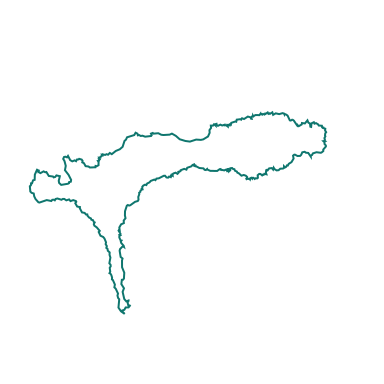 Nossa Senhora Do Rosario, Ribeira Brava, Cabo Verde, rotated 336°
{"feature_id": "66160863B38183693605809", "entity_name": "Nossa Senhora Do Rosario", "entity_type": "district", "adm_level": 2, "iso_a3": "CPV", "parent_name": "Cabo Verde", "parent_adm1": "Ribeira Brava", "projection": "robinson", "projection_center": [-24.164, 16.566], "detail": "fine", "context": "isolated", "style": "outline", "palette": "teal", "viewbox_px": 384, "rotation_deg": 336, "n_neighbors": 0, "source": "geoboundaries", "source_scale": "gbopen_adm2", "svg_char_len": 6025}
<svg xmlns="http://www.w3.org/2000/svg" viewBox="0 0 384 384"><g transform="rotate(336 192 192)"><path d="M51.5,116.7L49.4,119.0L48.5,118.6L47.5,120.4L46.2,120.8L44.5,125.8L45.1,127.5L46.8,129.0L46.1,131.8L46.2,134.8L47.5,138.9L48.4,139.6L56.0,140.3L59.8,143.0L61.2,142.3L62.8,142.9L63.3,143.8L64.7,142.9L66.4,143.2L69.6,146.0L71.2,145.8L72.5,146.4L73.8,148.5L76.7,148.8L77.3,150.9L80.2,151.1L82.3,153.1L82.3,153.9L80.8,154.8L81.2,158.6L83.5,160.2L82.9,161.2L83.2,165.9L85.4,167.4L86.0,169.4L87.2,169.9L86.9,171.1L87.6,173.5L88.9,175.0L88.8,176.4L90.1,177.5L90.1,179.5L90.7,180.2L89.2,181.4L89.1,183.0L90.6,185.6L91.9,190.0L90.5,190.6L90.6,194.7L92.6,197.0L93.1,198.9L93.0,203.0L91.9,204.5L92.2,206.8L91.0,208.2L91.7,209.5L91.2,211.4L92.2,213.7L91.1,215.9L90.8,218.7L87.5,223.5L88.0,225.4L87.5,226.8L86.0,227.8L84.9,231.5L83.6,232.6L84.3,233.5L84.5,235.1L84.2,237.6L83.3,239.3L83.9,240.2L83.9,245.2L82.3,247.5L83.0,249.3L83.1,254.7L81.8,256.3L81.4,258.7L81.9,260.4L77.8,267.7L78.6,272.1L80.9,276.0L79.8,272.7L80.2,271.9L82.3,272.1L84.4,270.5L87.1,271.6L89.8,270.2L88.4,270.5L87.7,269.6L88.2,266.7L89.8,265.6L89.9,265.3L87.5,265.2L86.6,262.2L88.0,255.0L90.7,252.3L90.0,247.4L92.2,243.7L93.2,244.1L94.6,243.4L97.3,238.2L97.5,232.3L100.2,226.1L101.5,224.5L100.4,222.3L102.0,216.2L103.0,214.9L105.9,213.7L106.9,213.6L107.5,214.6L107.7,213.3L106.6,209.8L106.8,208.3L107.8,207.7L107.1,207.2L107.1,204.0L107.8,202.5L109.0,202.4L108.7,201.7L109.3,201.8L109.7,201.0L109.3,198.3L109.9,197.8L109.4,197.3L110.0,196.8L110.4,197.4L111.2,194.8L114.1,192.7L117.1,192.7L118.0,190.3L120.6,188.9L121.2,186.1L123.0,182.3L126.9,178.0L128.1,177.8L129.0,178.8L130.2,179.0L136.0,177.8L138.8,178.2L140.0,177.3L140.9,174.7L143.0,172.5L143.4,171.2L144.9,170.8L145.5,169.8L147.3,169.4L147.1,169.2L147.2,168.9L147.8,169.3L148.7,167.0L150.2,166.3L152.1,166.2L153.1,167.1L154.5,166.0L157.1,165.9L158.8,165.1L162.6,165.3L163.4,166.3L165.0,165.3L167.2,166.0L172.8,165.7L174.0,166.2L174.6,168.3L175.3,168.8L176.3,169.2L177.2,168.6L178.5,169.5L178.9,169.0L179.0,169.6L180.4,168.6L180.8,169.1L180.9,168.4L181.2,168.7L181.6,167.8L182.6,167.5L184.9,167.7L186.1,169.5L187.7,168.8L187.8,168.0L189.9,168.3L190.5,167.5L194.3,167.7L196.0,169.3L197.5,167.9L201.6,168.3L203.4,167.6L204.5,168.8L204.6,167.6L205.2,167.6L205.1,168.7L206.0,169.1L206.0,169.9L208.5,173.1L212.1,175.1L212.5,176.8L213.6,177.6L215.2,177.1L215.2,177.8L217.3,180.1L223.5,183.0L226.5,182.4L227.0,183.0L227.4,181.9L227.6,183.5L230.3,185.4L231.7,185.3L232.6,186.3L232.6,187.3L233.5,187.5L233.8,185.5L234.8,185.8L235.3,186.6L234.5,188.1L235.8,187.7L236.7,185.9L238.4,186.4L238.9,187.7L240.0,188.4L239.9,190.0L241.3,191.6L241.3,192.8L242.3,193.8L243.8,197.2L246.2,197.5L247.8,199.0L248.5,200.7L248.2,201.5L247.1,201.8L247.1,202.4L248.2,202.3L248.5,202.9L249.9,203.3L250.1,204.1L250.9,203.1L252.0,203.1L252.4,204.2L252.9,203.6L253.9,204.0L254.6,205.6L255.6,205.3L257.1,206.1L258.0,205.8L258.8,203.4L260.8,202.8L261.9,203.4L262.8,205.3L263.5,204.9L264.4,205.5L265.4,204.8L267.2,206.1L267.3,204.5L268.7,202.2L269.5,202.2L269.9,203.0L272.1,201.8L274.6,202.6L275.2,204.5L276.5,203.0L276.7,204.7L278.1,206.7L280.0,207.3L282.1,206.6L284.7,207.6L285.9,207.4L286.5,206.0L287.0,207.4L288.2,207.3L289.6,206.3L290.3,206.8L291.9,205.6L295.0,205.2L298.4,202.8L299.1,199.9L300.4,199.5L301.2,199.7L303.0,202.0L305.4,203.0L306.8,202.5L308.9,200.6L311.3,201.1L312.0,202.4L314.1,203.6L314.9,208.0L315.3,207.0L316.8,207.0L318.1,205.9L321.9,206.3L325.7,208.6L326.9,208.5L328.6,208.0L329.2,206.6L332.8,204.9L333.2,203.9L332.6,202.0L333.3,200.5L332.7,199.0L334.3,199.5L334.0,198.8L334.8,198.0L334.9,196.6L336.5,195.4L336.5,194.4L337.6,192.6L338.9,191.9L338.6,189.9L339.5,188.4L337.7,186.8L338.1,186.4L337.2,185.6L337.6,184.3L334.8,182.8L334.7,181.5L333.3,179.5L331.7,179.4L331.7,177.8L329.1,177.9L327.3,181.0L326.7,180.5L327.6,177.5L326.5,175.9L326.6,173.5L323.0,175.3L320.5,173.7L319.7,174.9L316.3,175.3L315.9,174.4L315.4,174.5L315.5,173.4L315.0,173.5L314.1,168.3L313.3,166.8L313.6,166.6L311.3,166.9L310.5,166.3L310.4,161.1L309.6,159.7L308.4,158.4L308.0,158.8L308.0,157.8L306.8,156.8L303.3,156.3L300.5,154.2L297.5,154.5L297.8,151.9L295.0,152.3L294.7,151.6L293.6,151.7L293.5,150.1L291.0,150.6L290.7,150.1L289.7,150.7L288.7,149.6L287.6,149.9L287.3,149.1L286.4,148.9L286.5,148.3L284.9,149.2L281.2,147.5L278.9,147.8L278.8,147.2L278.5,147.9L277.3,147.4L276.5,148.0L276.3,149.4L275.8,149.1L275.9,147.7L273.7,145.8L269.2,146.5L267.7,145.0L266.3,145.9L265.9,145.2L262.3,144.1L261.0,145.8L260.3,145.2L256.0,144.8L254.8,146.4L253.9,145.4L253.0,145.6L253.0,146.1L251.8,145.2L251.3,146.7L250.3,144.9L249.0,144.4L249.2,143.8L246.6,143.5L245.3,142.0L242.6,142.1L241.8,140.8L242.1,139.7L240.6,139.5L240.4,140.7L239.6,139.1L238.1,139.9L236.2,139.0L235.5,141.2L233.1,142.6L232.2,145.1L229.2,147.8L223.7,148.5L221.3,148.0L217.1,145.8L210.6,145.1L206.7,142.7L202.2,138.8L200.1,134.2L197.4,130.5L194.9,130.5L189.0,128.3L187.2,127.2L185.1,124.6L180.5,123.0L180.2,122.1L178.3,122.0L178.3,123.7L177.4,124.2L171.7,122.4L169.6,120.4L168.0,120.0L166.8,118.4L165.6,118.2L165.9,116.5L164.6,114.9L162.4,116.5L154.9,115.6L153.0,117.3L151.1,117.9L147.0,122.5L143.4,123.6L139.1,123.5L134.1,124.8L132.8,122.9L130.5,123.8L129.3,122.7L127.7,122.8L125.8,121.3L125.4,122.1L124.8,121.5L124.7,122.3L122.9,122.5L122.4,123.3L121.0,122.7L121.0,124.4L120.3,124.2L120.4,125.0L119.6,125.7L118.7,125.4L118.8,126.7L117.5,129.5L115.3,129.7L114.5,129.0L113.8,130.1L108.7,128.1L107.8,126.6L105.3,125.1L105.0,121.7L103.8,120.3L104.7,119.1L104.4,117.5L102.4,115.8L101.6,116.1L100.2,115.5L98.6,116.7L97.7,115.4L95.1,115.3L93.7,113.4L93.4,108.6L91.9,109.5L90.6,108.2L89.3,108.0L87.8,109.4L88.1,111.9L87.3,116.8L84.8,120.4L86.2,126.1L86.5,131.8L85.5,133.3L83.7,133.0L83.2,133.9L82.0,134.0L75.4,132.3L74.3,129.7L74.8,127.6L77.7,123.8L74.9,121.7L73.2,122.6L71.6,122.4L71.3,121.3L67.7,119.1L67.1,114.5L66.0,114.3L64.8,112.8L61.2,113.1L60.0,111.4L60.3,110.9L59.8,111.0L60.1,109.2L59.5,108.6L55.5,112.2L53.2,116.9L51.5,116.7Z" fill="none" stroke="#0f766e" stroke-width="2"/></g></svg>